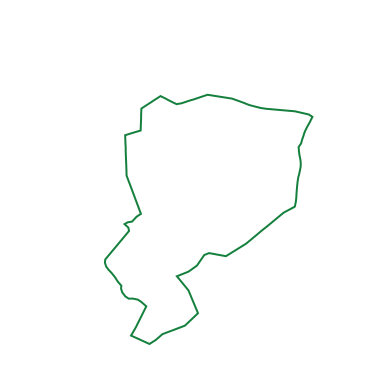 Aroeiras do Itaim, Piauí, Brazil (Robinson projection), rotated 319°
{"feature_id": "56859067B23103915358992", "entity_name": "Aroeiras do Itaim", "entity_type": "district", "adm_level": 2, "iso_a3": "BRA", "parent_name": "Brazil", "parent_adm1": "Piauí", "projection": "robinson", "projection_center": [-41.534, -7.243], "detail": "fine", "context": "isolated", "style": "outline", "palette": "green", "viewbox_px": 384, "rotation_deg": 319, "n_neighbors": 0, "source": "geoboundaries", "source_scale": "gbopen_adm2", "svg_char_len": 1352}
<svg xmlns="http://www.w3.org/2000/svg" viewBox="0 0 384 384"><g transform="rotate(319 192 192)"><path d="M267.5,128.8L263.4,127.1L253.7,123.1L250.3,121.5L245.0,119.3L242.0,118.0L238.0,115.6L236.6,112.4L234.6,107.5L233.4,104.3L231.2,99.0L225.2,98.1L218.5,97.2L208.6,95.8L204.2,100.4L201.4,103.6L198.8,106.3L193.6,111.9L183.0,107.1L178.8,105.3L173.3,112.1L171.4,114.6L168.4,118.1L159.6,129.1L153.4,136.7L151.4,142.0L150.3,145.1L139.1,175.0L134.0,174.3L127.3,175.0L123.6,172.7L120.0,172.0L120.6,177.1L118.9,180.1L82.3,186.0L79.9,188.2L78.3,192.0L78.0,196.2L78.2,200.1L78.0,205.8L77.2,211.0L77.2,216.3L75.0,218.5L73.5,222.0L73.2,227.2L74.3,231.0L77.5,233.7L80.5,237.7L81.6,241.6L82.5,248.3L60.8,257.3L51.8,260.4L60.2,278.8L67.7,279.9L76.5,279.9L98.9,288.2L111.1,287.7L117.0,287.4L124.8,263.9L125.3,245.7L137.1,249.8L147.4,250.8L159.9,247.6L164.8,249.3L175.5,262.7L199.1,266.5L219.7,266.9L226.1,267.2L247.5,267.7L260.0,270.5L264.1,267.4L267.0,264.7L270.3,261.3L274.6,257.1L277.9,254.0L281.6,250.8L284.5,248.9L287.8,246.4L290.7,244.1L293.0,241.6L295.3,238.3L297.1,235.0L299.6,231.2L302.0,228.0L306.2,226.9L310.0,224.4L312.9,222.8L315.4,221.2L318.0,219.9L322.4,218.1L326.2,216.8L328.8,215.7L332.2,214.3L331.0,210.1L322.6,198.6L302.9,178.2L298.9,173.6L292.3,164.0L289.2,158.0L283.5,147.8L267.5,128.8Z" fill="none" stroke="#15803d" stroke-width="2"/></g></svg>